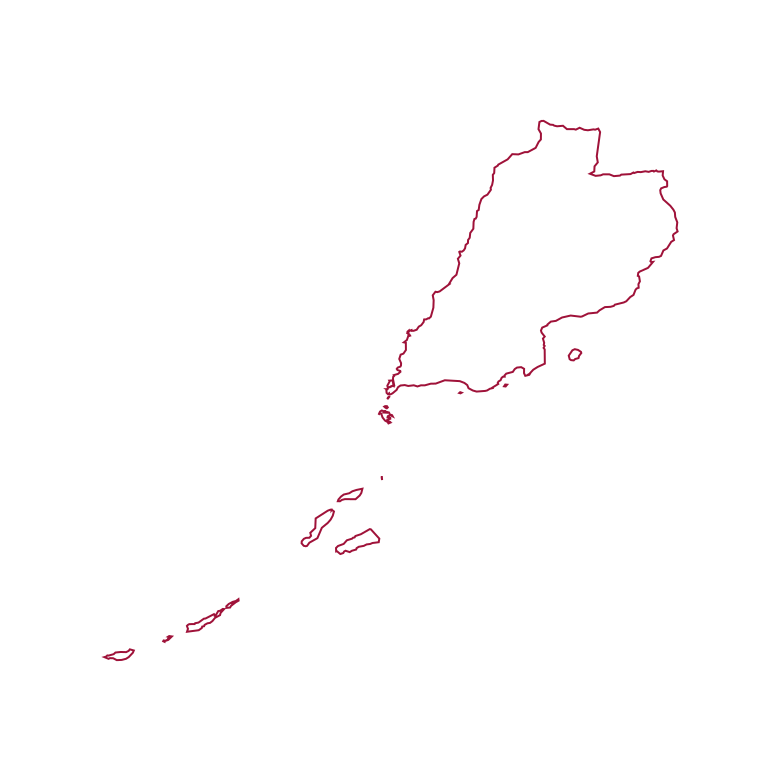 Seram Bagian Timur, Maluku, Indonesia, rotated 83°
{"feature_id": "22746128B38603798591380", "entity_name": "Seram Bagian Timur", "entity_type": "district", "adm_level": 2, "iso_a3": "IDN", "parent_name": "Indonesia", "parent_adm1": "Maluku", "projection": "equal_earth", "projection_center": [130.853, -3.88], "detail": "fine", "context": "isolated", "style": "outline", "palette": "rose", "viewbox_px": 768, "rotation_deg": 83, "n_neighbors": 0, "source": "geoboundaries", "source_scale": "gbopen_adm2", "svg_char_len": 6146}
<svg xmlns="http://www.w3.org/2000/svg" viewBox="0 0 768 768"><g transform="rotate(83 384 384)"><path d="M142.9,197.8L149.9,199.6L154.5,197.7L160.4,198.5L162.6,201.0L168.1,204.7L171.4,213.1L171.0,216.0L172.5,222.6L171.5,228.7L176.1,233.9L180.2,243.9L181.1,244.4L182.8,248.0L188.0,248.9L189.7,250.5L195.2,251.0L199.5,252.4L202.4,254.3L204.2,254.2L208.7,258.3L210.0,261.9L212.3,264.8L217.8,267.5L222.8,268.8L223.7,270.6L229.4,271.7L231.0,272.8L231.2,274.1L234.0,275.3L240.8,276.4L244.6,280.0L249.3,281.1L251.3,283.0L254.3,283.5L255.9,286.0L259.2,287.0L261.1,288.6L262.2,290.6L261.7,292.4L262.1,293.2L265.9,292.4L268.7,295.4L273.4,294.6L284.4,298.8L287.2,303.0L292.4,307.1L292.7,306.7L298.9,317.5L299.3,319.9L298.7,321.7L301.9,324.8L306.9,324.5L314.3,325.7L322.9,329.3L324.4,331.4L324.1,332.1L325.0,334.3L324.8,336.3L327.3,337.1L330.2,339.9L331.3,342.5L334.1,344.9L334.8,348.1L334.6,350.1L333.8,350.1L334.4,352.8L333.9,352.8L334.9,354.3L336.2,354.7L334.6,353.4L335.0,352.9L336.4,354.4L336.7,353.7L337.9,353.8L337.9,352.8L339.2,352.2L339.6,354.2L343.1,355.9L345.1,359.2L345.8,357.3L352.9,358.1L356.2,361.0L356.9,363.9L361.0,365.8L365.4,364.5L367.7,364.9L368.7,365.6L369.4,368.4L370.6,369.5L371.8,368.9L373.0,366.3L373.9,366.2L375.7,368.9L376.4,373.3L377.3,373.0L378.0,374.0L380.1,374.5L386.9,374.0L387.3,374.7L386.8,375.3L387.9,378.6L387.9,380.0L389.5,381.2L389.4,382.3L389.9,381.7L390.3,382.4L393.1,382.5L394.5,381.4L394.0,380.4L394.7,380.6L395.1,378.9L394.3,376.7L391.4,372.2L388.9,370.5L387.5,367.8L387.6,363.5L388.9,360.2L388.9,354.6L390.5,351.1L389.8,347.4L390.3,343.6L389.4,337.6L389.9,332.6L387.7,323.2L390.4,308.4L392.7,304.1L395.2,301.5L398.5,300.6L401.3,296.6L402.8,293.0L403.2,284.4L403.0,282.5L401.6,279.4L401.3,276.7L400.8,276.9L397.9,270.6L396.8,271.0L395.5,270.1L394.4,267.8L392.2,266.5L391.3,265.1L391.4,263.3L390.3,263.4L388.6,261.4L387.7,254.7L385.1,252.4L383.9,250.0L384.0,245.8L386.0,243.1L390.3,243.7L393.1,242.8L392.6,238.7L392.1,238.3L392.6,240.7L391.7,238.5L388.0,234.1L385.8,229.4L383.4,221.9L369.2,220.3L367.6,221.2L365.8,219.9L364.7,220.7L362.7,220.0L358.3,220.7L356.5,218.7L352.2,221.3L350.1,221.7L347.3,220.1L345.7,214.7L344.9,214.6L342.4,210.8L342.3,205.7L339.7,199.2L338.8,190.4L341.2,180.6L341.1,179.2L338.9,172.7L339.1,163.8L337.2,161.2L334.6,155.4L335.0,149.8L334.5,146.4L333.4,145.2L332.3,136.1L331.4,133.4L327.7,129.0L326.0,125.5L321.2,122.9L320.0,121.6L319.5,119.5L315.9,119.3L313.3,117.5L308.3,117.7L307.6,118.9L304.7,118.1L303.6,116.5L300.9,107.8L295.6,102.1L295.6,103.9L294.6,104.6L291.9,103.2L291.2,99.2L291.3,95.5L290.6,93.4L285.5,90.4L284.0,86.6L277.9,81.6L276.5,78.6L271.8,79.1L270.6,78.3L268.4,74.0L265.0,74.6L259.3,73.2L253.7,74.6L249.2,74.4L246.3,75.5L242.0,78.1L234.9,84.3L228.5,86.2L225.3,86.2L223.6,85.1L222.7,81.8L222.6,79.3L222.0,78.8L217.3,78.3L215.0,80.7L211.0,82.0L206.8,81.1L206.7,85.3L206.3,86.8L205.2,87.7L206.0,90.2L205.3,90.8L205.1,92.5L205.7,95.4L204.7,98.7L205.0,103.3L204.4,106.4L205.1,110.1L204.5,110.7L205.7,113.7L205.1,123.0L205.9,124.4L205.7,130.5L203.4,134.7L202.6,141.0L203.3,143.5L203.2,148.6L200.4,154.0L198.7,149.4L193.6,148.5L190.1,144.8L184.0,145.1L160.3,138.8L156.6,140.2L157.3,143.4L156.8,145.1L157.0,150.7L156.1,154.3L153.5,158.6L154.9,162.6L154.2,164.3L153.3,171.4L149.5,174.9L149.3,180.8L148.3,183.6L147.4,184.6L146.8,187.5L142.3,193.5L142.1,195.6L142.9,197.8ZM536.9,407.5L526.7,414.7L526.3,415.8L530.3,425.3L531.4,430.9L532.7,431.9L532.8,433.5L533.6,434.5L534.6,439.9L537.8,443.5L539.2,449.4L540.9,451.6L544.4,451.9L544.3,451.0L547.4,448.1L546.8,445.0L545.4,444.0L544.8,442.5L546.7,438.5L545.6,436.2L544.9,431.8L543.6,431.2L542.5,428.9L542.2,423.8L541.1,420.8L541.1,417.2L540.4,414.8L540.4,408.5L536.9,407.5ZM508.5,450.9L504.4,449.2L502.5,451.1L502.8,451.4L502.3,451.3L502.2,452.5L502.9,455.3L509.1,468.2L518.7,469.8L522.7,475.3L525.8,474.9L527.5,476.8L527.2,480.1L527.9,482.4L530.1,484.8L532.1,485.2L534.8,483.4L535.5,481.4L535.3,480.1L532.4,477.4L528.9,468.9L519.1,463.2L515.0,456.7L512.1,453.5L508.5,450.9ZM587.9,570.1L587.6,571.4L589.1,574.3L589.2,576.2L593.5,579.5L593.3,581.2L593.2,580.0L591.7,580.8L595.0,589.7L595.0,591.4L598.2,597.2L598.4,600.6L599.2,601.2L598.6,606.5L599.2,608.0L600.1,609.1L603.1,608.4L605.9,609.7L605.8,597.9L604.0,594.6L602.6,594.0L602.5,592.1L601.2,591.4L600.0,588.4L599.9,585.8L598.4,583.2L595.5,580.2L593.4,574.9L591.3,574.1L587.9,570.1ZM620.1,666.0L618.0,664.8L616.4,668.6L617.8,670.0L618.7,672.6L617.9,678.0L617.8,683.3L619.2,685.2L620.0,690.4L619.7,691.7L620.7,693.0L621.0,694.8L623.2,690.9L622.7,689.4L623.2,686.2L625.5,682.9L625.9,678.0L625.3,673.5L623.9,670.6L620.1,666.0ZM493.5,436.8L494.9,426.3L491.7,421.7L489.4,419.8L485.3,418.2L485.8,424.2L486.6,428.4L488.2,431.8L488.8,437.4L490.5,440.4L493.1,443.3L494.7,444.1L495.0,442.0L493.9,439.9L493.5,436.8ZM378.4,197.2L382.0,196.7L383.1,195.4L383.7,192.8L382.5,191.2L382.0,187.8L379.8,186.9L377.3,184.4L376.1,184.6L373.8,187.3L372.7,190.4L373.5,192.9L378.4,197.2ZM415.8,381.4L417.2,379.3L415.9,379.8L414.9,382.0L412.9,382.5L411.8,385.2L412.8,384.9L412.3,387.7L411.7,386.8L411.8,385.6L410.9,386.1L410.9,387.9L410.0,389.4L410.9,391.3L413.8,393.1L412.7,391.6L413.0,390.4L417.1,389.5L420.5,387.4L422.0,385.3L421.7,383.6L420.6,385.2L419.7,385.1L419.3,382.0L418.4,381.9L417.3,384.5L416.4,384.1L415.8,381.4ZM387.1,374.7L381.5,375.0L381.3,378.3L382.0,378.0L386.1,380.9L387.7,380.7L387.7,378.6L387.1,377.3L386.7,375.3L387.1,374.7ZM581.3,554.7L579.8,554.7L581.3,557.4L581.8,560.7L583.4,564.9L585.4,567.6L587.0,567.7L587.1,564.0L585.6,562.9L583.9,560.0L583.7,560.5L581.3,554.7ZM611.7,629.3L608.7,625.3L608.0,627.9L608.5,629.0L608.7,628.4L611.3,629.8L612.2,632.2L611.7,634.0L612.4,634.5L613.2,633.2L612.5,633.0L611.7,629.3ZM407.7,383.1L406.3,383.8L406.1,385.6L406.5,386.5L408.1,384.9L408.1,384.0L407.6,385.3L406.6,384.9L406.9,384.1L408.2,383.8L407.7,383.1ZM401.3,263.6L399.7,261.9L399.3,263.7L400.9,265.1L401.3,263.6ZM402.1,310.4L402.6,309.2L402.1,308.0L401.4,309.4L402.1,310.4ZM396.7,379.8L398.0,381.8L399.5,382.5L397.3,380.2L396.7,379.8ZM423.9,385.2L423.1,382.4L422.5,383.2L423.9,385.2ZM479.1,397.6L475.1,397.4L476.6,397.7L479.1,397.6Z" fill="none" stroke="#9f1239" stroke-width="2"/></g></svg>